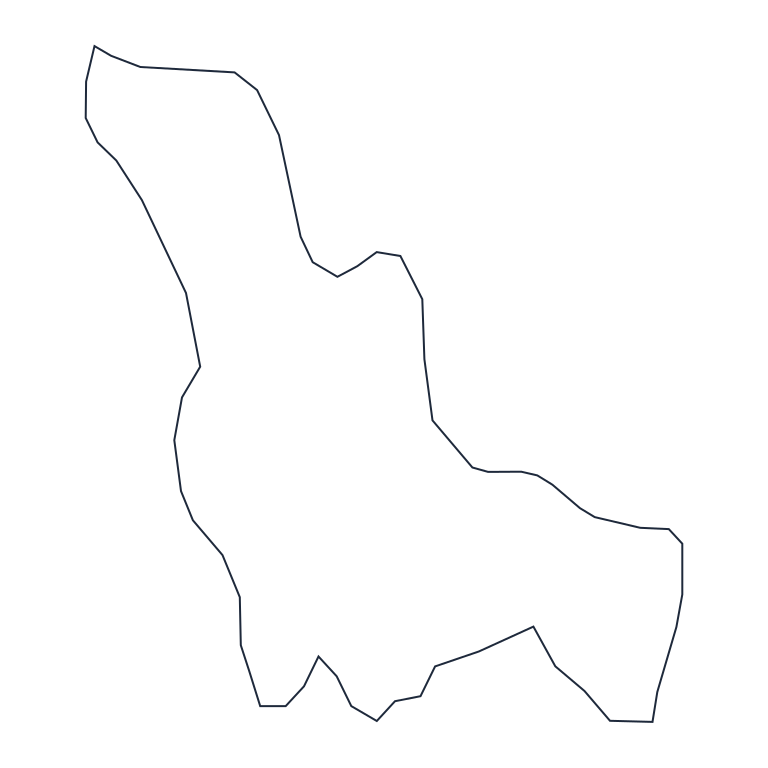 the District of Podujevo
{"feature_id": "KOS-5901", "entity_name": "Podujevo", "entity_type": "District", "adm_level": 1, "iso_a3": "XKX", "parent_name": "Kosovo", "parent_adm1": "", "projection": "albers", "projection_center": [21.187, 42.93], "detail": "fine", "context": "isolated", "style": "outline", "palette": "slate", "viewbox_px": 768, "rotation_deg": 0, "n_neighbors": 0, "source": "natural_earth", "source_scale": "10m", "svg_char_len": 847}
<svg xmlns="http://www.w3.org/2000/svg" viewBox="0 0 768 768"><path d="M94.5,46.1L111.1,55.8L140.3,67.0L234.6,72.4L257.1,90.1L279.0,135.1L300.6,236.7L312.7,262.2L337.4,276.8L357.3,266.2L376.7,252.1L400.4,256.0L422.3,299.2L424.4,359.2L432.5,420.4L472.4,467.5L488.1,471.9L521.2,471.7L537.3,475.4L552.4,484.7L580.0,508.2L594.7,517.1L640.2,527.8L668.8,529.1L682.3,543.7L682.3,553.9L682.3,594.5L676.4,627.0L657.3,692.0L652.5,721.9L610.0,720.8L584.5,691.0L555.3,666.3L533.4,626.6L478.8,651.5L435.1,666.4L420.5,696.2L395.0,701.2L376.8,721.0L351.3,706.1L336.7,676.3L318.5,656.5L304.0,686.3L285.7,706.1L260.2,706.1L249.3,671.3L240.8,645.2L239.8,597.2L222.5,555.1L192.9,520.3L181.0,491.1L174.3,440.2L182.0,397.4L200.2,366.7L186.0,293.0L141.9,200.1L116.3,160.5L97.6,142.4L85.7,118.0L86.1,81.6L94.5,46.1Z" fill="none" stroke="#1e293b" stroke-width="2"/></svg>